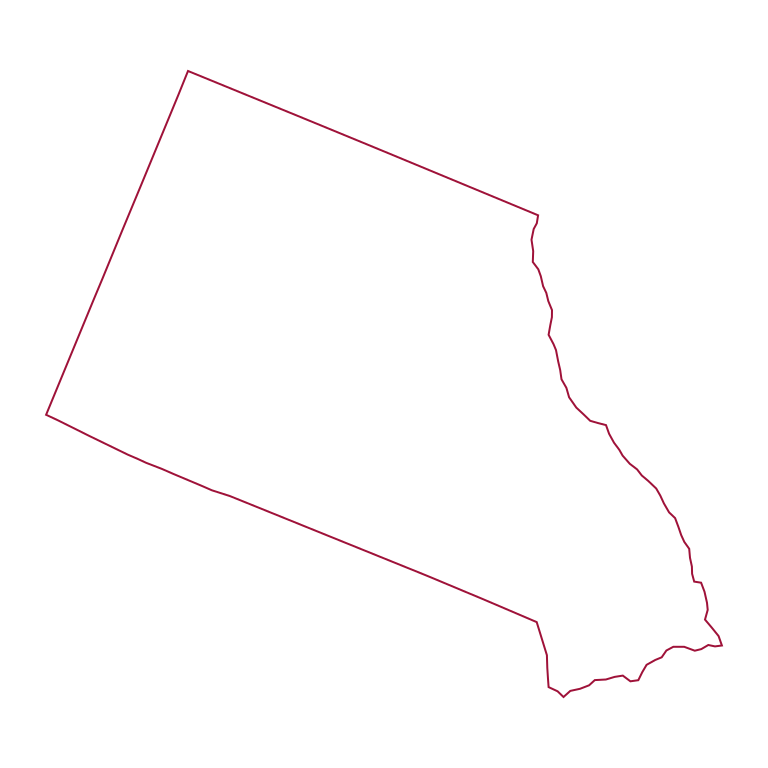 outline of Glória de Dourados, Mato Grosso do Sul, Brazil
{"feature_id": "56859067B89465609362006", "entity_name": "Glória de Dourados", "entity_type": "district", "adm_level": 2, "iso_a3": "BRA", "parent_name": "Brazil", "parent_adm1": "Mato Grosso do Sul", "projection": "orthographic", "projection_center": [-54.122, -22.429], "detail": "fine", "context": "isolated", "style": "outline", "palette": "rose", "viewbox_px": 768, "rotation_deg": 0, "n_neighbors": 0, "source": "geoboundaries", "source_scale": "gbopen_adm2", "svg_char_len": 1416}
<svg xmlns="http://www.w3.org/2000/svg" viewBox="0 0 768 768"><path d="M188.0,71.0L178.4,94.8L140.9,185.6L122.1,230.8L102.6,278.3L93.8,299.3L46.1,414.8L58.1,420.4L89.6,436.1L127.7,454.6L137.9,459.0L146.1,462.8L162.1,469.0L173.3,473.9L187.8,480.0L203.0,486.4L211.9,490.3L230.0,496.1L425.6,575.2L432.4,578.0L465.8,592.0L481.2,598.4L536.7,622.1L546.9,655.2L547.3,668.0L548.0,678.9L548.6,687.1L557.6,691.3L563.5,697.0L570.3,690.9L580.0,688.8L589.1,685.3L594.8,680.1L605.9,679.5L614.6,676.9L622.8,675.6L630.4,681.3L638.3,680.2L642.3,672.1L646.6,664.8L655.2,660.0L661.7,657.3L666.4,650.5L673.3,646.8L684.2,646.8L694.8,650.7L701.3,649.1L708.3,645.0L715.0,646.4L721.9,645.5L718.6,636.1L712.0,627.9L705.0,619.6L707.7,609.9L707.0,602.8L704.5,591.7L701.1,582.7L694.2,581.6L692.1,573.8L691.9,566.6L690.0,557.8L689.2,548.8L684.3,541.9L681.2,535.1L678.4,526.9L675.1,518.1L669.1,512.4L663.9,503.4L660.3,495.6L656.2,488.5L648.1,480.8L641.8,475.5L637.1,469.4L629.8,463.8L622.6,455.6L619.3,449.8L614.0,442.7L609.1,433.8L606.0,425.1L597.8,423.0L590.2,420.8L583.6,414.4L576.3,407.6L569.1,397.3L566.4,387.9L561.5,379.3L560.2,370.1L558.2,361.5L556.0,350.1L553.5,344.1L548.6,334.8L550.3,325.2L551.9,317.2L552.0,310.1L548.3,301.1L546.3,292.9L543.1,286.2L540.8,276.2L538.3,269.3L532.8,262.0L533.2,251.1L531.5,239.7L533.7,229.0L536.8,223.3L538.1,215.3L380.1,149.8L309.4,120.7L188.0,71.0Z" fill="none" stroke="#9f1239" stroke-width="2"/></svg>